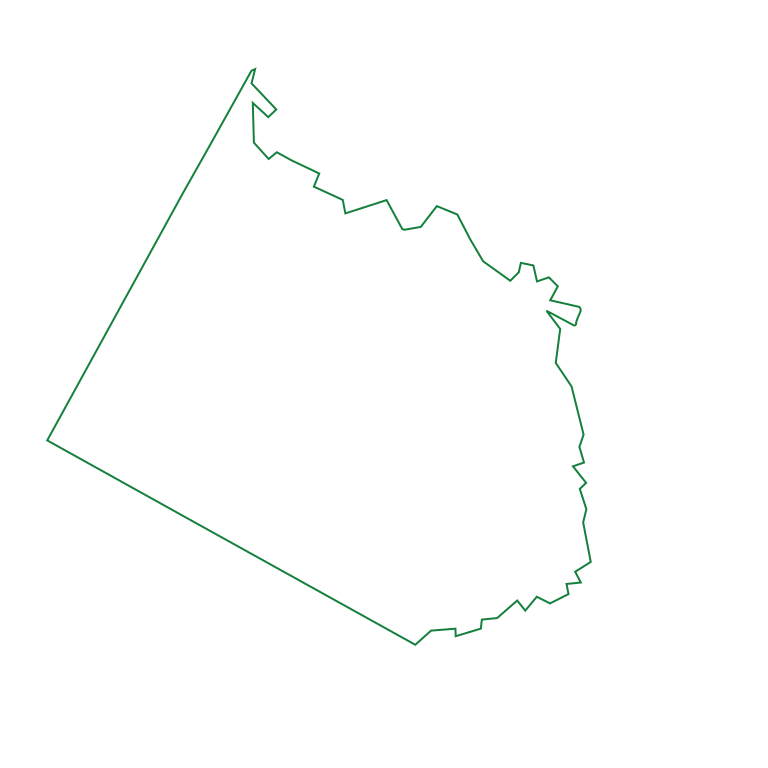 Pottawatomie, Kansas, United States of America, rotated 209°
{"feature_id": "52423323B67530178670181", "entity_name": "Pottawatomie", "entity_type": "district", "adm_level": 2, "iso_a3": "USA", "parent_name": "United States of America", "parent_adm1": "Kansas", "projection": "natural_earth1", "projection_center": [-96.445, 39.346], "detail": "fine", "context": "isolated", "style": "outline", "palette": "green", "viewbox_px": 768, "rotation_deg": 209, "n_neighbors": 0, "source": "geoboundaries", "source_scale": "gbopen_adm2", "svg_char_len": 1030}
<svg xmlns="http://www.w3.org/2000/svg" viewBox="0 0 768 768"><g transform="rotate(209 384 384)"><path d="M494.2,171.2L230.2,171.1L223.3,191.1L202.9,204.6L199.0,198.2L180.7,217.0L184.2,225.4L171.6,234.1L162.5,259.2L150.6,254.3L147.2,272.0L132.4,272.6L120.8,289.7L127.4,297.6L115.6,305.8L125.8,312.5L116.9,328.6L142.7,359.5L146.3,372.6L161.9,387.2L159.3,395.5L178.8,403.6L171.0,412.3L182.6,423.7L184.9,436.5L218.8,472.8L244.0,485.7L256.6,517.6L277.4,526.8L248.5,527.3L246.3,527.3L245.3,527.9L245.0,529.4L245.8,531.0L246.6,535.3L247.4,543.2L248.7,545.2L250.5,546.1L279.2,537.8L279.3,553.7L291.5,557.2L299.9,547.9L310.8,560.1L323.0,556.3L320.3,547.1L323.6,535.5L356.8,539.4L378.2,552.0L402.0,567.8L424.0,565.2L428.0,539.2L440.9,528.8L443.2,528.4L470.9,546.1L500.5,514.5L509.3,525.0L541.0,522.6L542.7,536.7L572.6,534.8L590.1,534.7L594.0,524.9L614.8,532.0L635.0,566.2L614.6,561.3L611.3,571.9L645.6,582.7L649.4,596.9L651.8,593.7L652.0,509.7L652.4,453.5L651.2,171.4L494.2,171.2Z" fill="none" stroke="#15803d" stroke-width="2"/></g></svg>